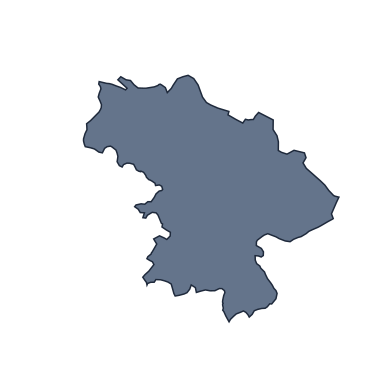 Kirkuk, At-Ta'mim, Iraq (Natural Earth projection), rotated 300°
{"feature_id": "34846034B87837000735792", "entity_name": "Kirkuk", "entity_type": "district", "adm_level": 2, "iso_a3": "IRQ", "parent_name": "Iraq", "parent_adm1": "At-Ta'mim", "projection": "natural_earth1", "projection_center": [44.437, 35.515], "detail": "fine", "context": "isolated", "style": "filled", "palette": "slate", "viewbox_px": 384, "rotation_deg": 300, "n_neighbors": 0, "source": "geoboundaries", "source_scale": "gbopen_adm2", "svg_char_len": 3448}
<svg xmlns="http://www.w3.org/2000/svg" viewBox="0 0 384 384"><g transform="rotate(300 192 192)"><path d="M98.1,289.0L101.0,289.0L105.3,290.2L108.6,291.3L112.3,294.3L114.7,296.0L114.7,298.9L113.7,301.8L112.3,304.1L116.1,305.3L120.3,305.3L123.2,307.6L126.0,310.6L127.9,313.5L130.2,314.6L134.0,315.2L134.9,317.0L141.5,318.1L146.7,316.4L148.6,314.0L149.5,311.1L151.4,308.2L152.8,305.3L154.7,300.7L157.5,296.6L159.0,294.8L160.4,289.6L161.8,287.8L162.3,283.8L164.6,280.9L168.4,278.5L169.8,281.4L170.3,284.4L172.6,285.5L175.9,283.8L177.8,280.3L177.8,274.5L181.1,272.7L183.0,272.7L188.6,275.0L191.0,276.2L193.8,278.5L195.2,287.3L195.2,290.8L196.2,297.2L198.0,301.8L201.8,303.6L205.6,306.5L207.9,308.8L213.1,311.7L216.4,312.9L219.7,315.2L224.4,318.7L227.3,320.5L234.3,324.5L239.0,327.4L239.6,327.6L242.8,323.7L254.9,322.3L261.0,321.8L259.8,317.6L259.8,316.2L261.7,309.7L264.4,303.6L265.9,297.5L268.1,286.7L269.6,279.2L272.7,273.6L278.7,273.6L282.1,269.8L279.1,259.5L274.5,256.7L272.3,255.3L271.1,249.7L271.1,246.0L278.7,241.7L283.2,237.5L286.6,231.0L294.3,226.7L295.0,226.3L294.2,209.9L289.3,208.9L286.6,208.9L285.5,208.9L284.0,206.6L282.5,204.7L281.7,201.9L277.1,201.5L276.8,194.0L276.8,188.8L276.8,184.6L280.2,183.7L277.8,173.4L277.5,171.9L276.7,164.5L276.7,159.8L279.4,153.7L281.4,151.3L287.7,143.8L291.1,136.8L291.1,130.3L287.3,126.5L282.7,122.8L275.2,122.3L271.4,122.3L265.7,120.9L267.6,118.6L269.1,116.7L269.5,112.5L269.5,110.6L268.7,109.7L267.2,109.2L264.2,106.8L258.9,100.3L257.8,98.4L255.1,93.3L255.9,88.1L256.6,86.2L257.8,83.0L256.2,78.8L256.2,72.7L252.1,71.7L249.4,83.9L247.2,83.4L246.8,77.8L246.0,73.6L245.3,68.9L244.5,66.1L243.4,63.8L241.2,56.4L238.8,57.3L237.5,60.0L235.7,61.6L231.1,62.3L227.4,63.3L226.4,64.6L224.8,66.9L222.4,69.9L219.7,71.2L217.6,71.5L214.7,71.5L207.0,69.5L203.2,68.5L198.4,66.6L196.1,68.2L193.4,69.9L189.1,70.2L183.8,71.5L182.0,72.5L179.6,74.8L177.9,76.9L179.6,82.1L180.5,86.0L180.0,91.4L181.1,94.8L186.1,94.5L188.8,95.8L191.0,98.5L191.0,100.3L190.3,105.2L188.4,107.5L185.8,110.0L183.4,111.0L180.8,112.0L178.5,115.9L178.7,119.0L181.5,119.0L184.4,121.1L185.8,123.7L186.8,127.6L185.3,130.0L183.4,132.8L183.4,135.5L183.9,137.3L184.5,137.3L184.8,139.3L184.8,140.4L183.3,143.6L182.0,145.2L181.1,148.4L181.4,150.0L181.4,152.4L181.1,155.6L179.4,157.2L180.9,159.1L181.8,160.2L181.8,162.9L179.6,165.3L178.1,165.0L176.4,163.1L172.5,161.8L168.4,162.0L163.2,161.5L161.5,158.6L157.8,157.2L156.3,153.8L152.8,150.0L150.6,149.7L150.2,154.0L148.3,157.5L150.2,161.2L145.2,162.3L146.3,165.0L149.6,165.0L154.5,167.7L156.0,171.4L155.0,174.1L152.8,177.0L149.6,181.1L149.6,182.5L146.7,183.5L146.3,188.7L146.3,193.4L143.0,195.1L138.3,193.9L138.3,191.0L137.8,185.8L132.2,182.3L131.2,184.0L129.3,187.5L125.6,187.5L120.4,187.5L120.1,187.5L119.0,187.3L118.3,187.5L118.0,187.6L117.1,187.3L113.9,186.1L111.7,186.3L111.6,189.5L111.8,192.6L110.1,195.3L106.4,194.8L101.9,194.2L96.9,192.6L93.6,192.0L92.1,195.1L90.9,197.8L89.0,199.5L90.6,199.3L93.1,201.3L95.0,204.4L98.1,204.5L100.3,208.7L101.3,212.5L102.0,216.3L101.9,220.0L100.1,221.9L95.0,227.1L93.5,229.4L96.1,232.5L99.8,236.2L102.3,238.0L106.7,238.6L111.1,237.8L110.9,242.7L107.2,246.0L110.5,249.1L113.9,252.6L115.5,257.1L118.0,261.2L122.0,263.9L123.3,266.2L122.8,269.4L121.3,270.8L118.3,271.2L113.7,272.7L111.9,273.5L111.1,274.6L110.3,274.5L109.1,275.3L107.1,277.2L105.0,277.7L104.4,279.3L102.9,281.4L101.6,283.2L100.3,285.3L98.1,289.0Z" fill="#64748b" stroke="#1e293b" stroke-width="1.5"/></g></svg>